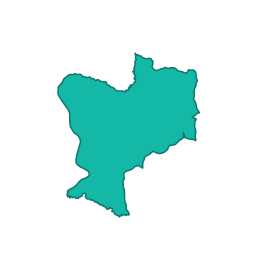 the district of Paya, Boyacá, Colombia, rotated 150°
{"feature_id": "7082276B35897669822382", "entity_name": "Paya", "entity_type": "district", "adm_level": 2, "iso_a3": "COL", "parent_name": "Colombia", "parent_adm1": "Boyacá", "projection": "albers", "projection_center": [-72.391, 5.626], "detail": "fine", "context": "isolated", "style": "filled", "palette": "teal", "viewbox_px": 256, "rotation_deg": 150, "n_neighbors": 0, "source": "geoboundaries", "source_scale": "gbopen_adm2", "svg_char_len": 5703}
<svg xmlns="http://www.w3.org/2000/svg" viewBox="0 0 256 256"><g transform="rotate(150 128 128)"><path d="M84.4,189.6L84.6,189.2L84.9,187.5L85.2,186.7L86.0,185.4L86.6,184.8L86.4,184.5L86.7,183.2L87.2,182.9L87.5,182.9L87.8,182.6L88.2,182.6L88.5,182.4L89.0,181.6L88.9,181.2L89.5,180.7L89.5,179.8L91.4,178.4L91.7,177.5L92.4,177.0L92.8,176.9L92.7,176.3L94.0,175.2L94.5,174.4L94.3,173.7L94.8,173.7L95.2,174.4L95.5,174.5L95.6,174.1L95.2,173.4L95.4,173.2L95.3,172.6L95.7,172.0L95.4,171.5L95.7,171.1L95.8,170.7L95.5,169.7L95.5,169.1L96.0,168.8L97.0,168.7L97.4,168.1L97.8,168.0L98.0,167.7L98.0,167.2L97.3,167.1L97.1,166.8L97.3,165.8L97.8,165.4L98.2,164.7L99.5,164.7L100.0,163.8L100.8,163.7L101.9,163.2L102.9,163.1L103.3,163.4L104.0,163.5L104.2,163.9L104.5,164.1L104.8,163.7L104.9,163.1L104.6,162.6L105.1,162.0L105.5,161.9L106.7,162.9L107.2,162.0L107.9,161.8L108.0,161.1L108.2,160.7L108.5,160.7L110.6,161.6L111.3,161.5L111.8,161.1L111.9,160.7L112.2,160.5L112.5,160.7L112.8,161.4L114.1,162.3L114.2,162.6L114.6,163.1L115.7,163.6L116.3,164.0L117.5,164.5L119.7,166.7L120.1,167.7L120.0,168.5L120.2,169.6L120.8,170.6L121.7,171.3L122.5,172.3L122.7,173.0L122.9,174.2L124.6,175.7L124.6,176.0L124.2,176.7L124.0,178.2L124.3,179.1L124.6,179.5L125.0,179.8L126.2,180.0L126.8,181.0L128.3,181.7L129.1,183.8L129.9,184.9L130.7,185.2L132.0,185.1L132.5,185.3L132.6,185.7L132.7,186.7L133.2,187.8L135.0,189.1L135.3,190.8L135.5,191.3L136.6,191.5L138.3,192.2L138.9,192.7L139.6,193.9L141.0,194.5L141.4,195.0L141.5,196.1L141.8,196.6L141.9,197.7L143.5,199.0L145.7,199.8L146.2,201.1L146.5,201.3L147.0,201.5L149.1,201.8L150.9,203.1L152.1,203.4L154.1,203.4L156.1,202.9L158.4,202.9L160.0,202.0L162.0,200.3L162.8,200.2L168.1,198.2L169.4,195.8L171.4,193.0L171.8,191.1L171.6,183.7L170.6,174.1L171.1,170.5L171.5,168.9L172.5,167.7L175.0,163.0L177.3,158.0L177.1,151.0L175.0,146.2L175.0,143.0L176.0,139.8L185.7,130.3L189.1,126.2L190.4,123.5L190.1,121.3L188.7,118.2L186.3,114.5L184.2,110.8L184.3,108.4L184.9,106.7L186.8,105.8L190.4,105.9L193.5,106.6L197.0,106.0L201.3,104.3L205.0,103.8L210.4,104.0L211.9,103.5L212.8,101.9L214.2,100.6L214.5,99.0L214.5,98.6L214.2,98.4L213.6,98.8L213.4,98.8L212.9,97.9L212.6,97.7L213.1,97.1L213.2,96.5L212.9,96.5L212.2,96.9L211.5,96.9L210.7,95.4L210.4,95.3L209.8,95.4L209.5,95.0L208.8,94.8L208.5,94.3L208.4,93.3L207.8,92.9L207.1,92.7L206.1,91.9L205.9,91.9L205.5,92.5L205.0,92.9L204.6,92.8L203.7,92.2L202.1,92.0L201.0,93.3L199.3,93.5L198.1,93.3L197.7,92.7L197.6,92.0L197.9,91.6L198.3,90.5L198.6,90.3L199.2,90.1L199.3,89.9L199.3,89.6L198.9,89.1L199.3,88.2L199.0,87.3L198.9,87.0L197.8,86.5L197.4,86.2L196.8,85.6L196.7,84.7L195.5,84.2L195.2,83.4L194.2,82.8L193.9,82.3L193.9,81.2L193.7,80.6L193.4,80.2L192.5,80.2L192.2,79.9L192.4,79.3L192.1,78.7L191.1,78.1L191.5,77.4L190.7,76.9L190.8,75.8L190.7,75.4L190.0,75.1L189.6,74.6L188.9,74.5L188.6,74.4L188.4,74.0L188.7,72.9L188.1,72.4L186.8,70.3L187.0,69.5L186.4,69.1L186.3,68.8L186.6,68.2L186.6,67.8L186.2,67.7L185.4,67.9L184.5,67.4L184.1,67.4L183.9,67.6L183.6,68.1L183.3,67.5L182.1,66.5L182.0,65.6L182.3,65.0L183.6,64.1L183.7,63.7L183.3,63.4L182.4,63.0L182.0,62.5L182.5,60.9L182.3,59.4L181.9,59.3L181.5,58.6L181.1,58.3L181.0,57.8L180.3,57.1L180.3,56.7L179.6,56.2L180.1,55.6L180.0,55.4L179.5,55.3L179.1,55.6L178.5,55.7L177.5,55.4L177.4,55.7L177.0,55.7L176.8,56.1L176.6,56.0L176.7,55.5L176.5,55.3L175.1,55.2L174.8,54.9L174.6,55.0L174.4,55.0L174.1,54.3L173.2,53.2L171.8,53.3L171.3,53.0L171.1,52.6L170.8,52.8L170.3,52.6L170.2,53.1L169.7,54.4L170.1,57.8L169.9,58.7L169.3,60.1L168.0,62.2L167.8,62.9L167.8,64.7L166.8,67.6L166.5,67.9L166.1,68.9L163.3,73.8L162.1,76.2L161.3,80.0L160.4,81.4L159.5,83.3L159.0,84.2L158.1,85.1L156.6,85.7L156.1,86.3L156.0,87.4L155.2,89.5L154.5,90.4L153.5,91.1L151.6,91.5L150.9,91.5L149.4,91.2L148.1,90.7L145.5,90.4L143.0,90.7L142.1,91.1L139.3,90.9L138.1,90.3L137.4,89.6L136.2,87.6L135.4,86.1L134.7,86.8L133.9,88.4L132.3,90.8L130.9,91.9L129.9,92.5L129.3,92.9L128.6,94.2L127.8,94.6L125.6,94.7L123.6,94.5L121.8,94.6L117.9,95.4L117.8,95.0L115.7,92.2L115.1,91.4L113.5,90.1L111.8,89.4L109.0,88.9L106.8,89.1L104.5,89.6L103.4,90.6L102.3,91.3L101.5,91.7L100.5,92.1L99.0,91.2L98.3,91.2L97.8,91.0L97.3,91.0L97.0,90.6L96.1,90.1L94.5,90.2L93.1,90.8L91.5,91.0L90.4,91.5L89.4,91.6L89.0,92.0L88.5,91.5L87.5,91.4L85.4,92.1L84.3,91.9L84.1,92.1L84.2,92.9L83.6,93.5L83.5,94.0L83.2,94.3L83.2,95.4L82.9,95.6L82.8,95.9L82.4,96.2L82.3,95.8L82.8,95.3L82.6,94.4L83.1,93.0L82.8,92.5L83.0,92.1L82.9,91.7L83.4,91.2L80.4,87.7L76.7,85.1L76.6,84.5L75.7,83.4L75.5,83.7L74.9,84.2L74.8,84.5L74.6,86.3L74.0,86.8L73.7,87.7L72.9,88.6L72.4,89.5L72.1,89.7L71.3,90.4L70.8,92.2L70.2,93.0L70.1,94.4L69.7,95.3L69.2,96.9L68.3,97.8L67.6,99.0L66.7,100.1L65.4,101.0L64.8,101.2L64.5,101.6L64.7,102.3L65.7,103.3L65.9,104.0L66.6,104.6L66.8,105.1L66.0,104.9L65.6,105.0L65.6,105.3L65.3,105.5L64.0,105.4L63.6,105.6L63.3,105.5L61.3,106.2L60.7,105.8L60.0,106.0L59.2,105.6L58.8,105.5L58.6,105.7L58.5,106.5L58.7,109.4L58.6,110.8L56.7,116.4L56.8,118.5L56.5,120.6L54.6,122.6L51.9,127.6L50.2,129.1L47.8,130.9L47.0,132.4L45.4,133.4L44.3,134.4L43.5,138.4L42.7,139.5L41.5,142.6L41.6,144.0L42.5,145.6L45.0,146.9L46.1,148.0L47.5,147.7L48.6,146.5L49.1,146.4L50.0,146.6L50.8,147.1L51.7,147.4L51.9,147.7L52.1,148.4L52.6,149.3L56.2,152.5L56.5,153.3L56.8,155.1L58.0,157.2L61.1,158.9L63.1,159.3L64.6,160.4L64.9,160.9L65.1,161.6L65.4,161.8L66.1,162.0L67.7,161.9L68.2,162.0L69.0,162.6L73.8,163.2L74.1,163.3L75.8,164.9L76.2,165.5L76.8,168.1L76.6,168.7L76.2,169.4L74.6,170.8L74.1,171.7L73.1,173.0L73.1,173.9L73.6,174.8L73.4,175.9L73.5,176.6L74.7,177.4L75.4,178.1L77.0,178.4L77.9,178.9L80.4,182.2L81.1,184.2L82.2,185.0L82.8,186.5L83.7,186.9L84.1,187.4L84.4,188.1L84.4,189.6Z" fill="#14b8a6" stroke="#0f766e" stroke-width="1.5"/></g></svg>